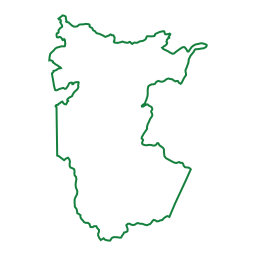 the district of Barreirinha, Amazonas, Brazil
{"feature_id": "56859067B80931360184999", "entity_name": "Barreirinha", "entity_type": "district", "adm_level": 2, "iso_a3": "BRA", "parent_name": "Brazil", "parent_adm1": "Amazonas", "projection": "albers", "projection_center": [-57.163, -3.133], "detail": "fine", "context": "isolated", "style": "outline", "palette": "green", "viewbox_px": 256, "rotation_deg": 0, "n_neighbors": 0, "source": "geoboundaries", "source_scale": "gbopen_adm2", "svg_char_len": 5598}
<svg xmlns="http://www.w3.org/2000/svg" viewBox="0 0 256 256"><path d="M190.8,169.3L189.8,168.3L188.4,167.5L187.1,167.5L185.0,167.2L183.9,166.0L183.6,165.5L183.2,164.0L182.2,162.8L180.3,162.9L179.9,162.4L179.1,162.0L176.5,163.0L174.9,162.8L172.8,161.9L166.0,158.2L164.4,156.2L164.2,153.7L163.9,152.1L164.0,151.0L163.9,149.5L163.6,148.8L163.2,148.1L162.7,147.6L160.3,145.9L159.6,145.5L159.1,144.8L158.5,143.5L158.0,143.1L157.3,143.1L156.1,144.7L155.5,145.2L154.9,145.4L153.4,145.6L151.5,145.1L150.3,144.9L149.0,144.9L146.1,145.3L144.3,145.0L142.9,144.4L142.1,143.6L142.2,142.2L143.1,140.1L142.9,139.5L141.7,138.6L141.7,137.9L141.8,137.2L143.8,133.6L147.1,128.8L147.0,128.1L147.0,127.2L147.3,125.6L147.6,124.6L148.4,122.8L148.8,122.1L150.1,119.0L152.0,116.2L152.3,115.3L152.2,114.0L151.9,113.2L151.4,112.5L151.1,111.7L151.3,111.1L152.0,109.9L152.3,109.3L152.2,108.6L151.9,107.6L150.9,106.6L149.3,105.9L147.6,104.4L146.5,104.5L142.9,106.6L142.0,106.6L141.8,105.8L143.2,104.6L145.2,103.3L145.2,102.5L146.4,99.6L147.4,96.6L147.7,94.6L147.7,89.5L148.3,86.3L149.8,85.2L151.8,84.3L153.4,84.3L155.0,83.8L156.3,81.9L158.2,80.9L161.0,81.7L162.3,81.7L164.0,81.1L166.8,79.0L168.6,78.5L170.0,79.0L172.3,79.3L173.4,80.2L175.4,81.4L177.1,80.9L178.0,81.1L178.8,82.7L180.7,83.8L181.6,82.9L184.1,77.9L186.0,75.1L186.0,74.0L185.6,71.8L185.5,70.1L186.7,67.4L188.4,62.6L188.8,59.2L190.7,55.5L193.6,52.0L194.5,50.3L195.3,49.3L198.0,49.1L200.0,48.8L201.4,48.5L203.2,48.4L204.0,48.1L205.1,47.5L205.9,47.1L206.3,46.5L206.7,45.8L206.7,45.0L205.8,44.4L202.5,43.3L200.5,43.3L198.5,43.9L195.9,44.4L194.6,44.9L192.9,46.0L191.8,46.9L190.6,48.5L188.7,51.4L187.9,51.6L187.2,50.9L186.3,49.1L184.6,47.2L183.8,47.1L182.5,47.3L180.1,48.8L175.6,52.1L174.1,53.4L173.2,53.7L172.1,53.6L169.7,52.4L168.5,51.5L163.1,48.9L162.1,47.7L163.0,47.2L163.5,46.6L164.2,46.1L165.0,45.8L165.6,45.3L166.1,44.7L166.7,44.3L166.9,43.6L167.2,42.7L166.4,41.8L166.8,40.8L166.9,39.7L167.4,39.3L167.8,38.9L168.0,38.2L168.6,37.8L169.2,37.8L169.1,37.0L168.8,36.4L169.9,35.2L170.3,34.2L169.6,33.6L169.0,33.9L167.4,34.2L165.3,34.3L164.8,33.6L164.3,31.5L163.7,31.2L162.7,31.3L159.6,32.0L155.6,33.8L155.0,34.4L154.9,35.3L154.4,36.0L153.3,36.2L151.0,36.4L147.7,36.2L146.8,36.5L146.4,37.4L146.1,38.4L145.7,39.0L145.0,39.7L143.7,40.5L142.9,40.9L140.0,41.3L137.5,42.6L136.6,42.8L134.6,42.6L133.6,42.9L133.0,43.3L132.4,43.9L131.4,43.5L130.9,42.8L130.2,42.0L129.4,41.9L128.6,42.5L127.7,42.8L126.9,42.8L125.0,42.3L124.3,42.3L123.5,42.0L122.8,41.6L122.1,41.7L120.1,42.4L119.3,42.5L118.3,42.8L117.4,42.9L116.2,42.8L114.5,42.5L113.9,41.9L113.9,41.1L114.4,40.4L114.6,37.4L114.2,36.8L113.4,35.3L111.6,35.2L110.7,34.4L109.7,34.9L109.1,35.4L105.7,36.8L104.6,36.6L103.9,36.0L100.9,34.5L99.4,33.9L98.5,33.6L97.8,33.5L96.7,33.2L96.1,32.7L95.0,31.2L94.5,30.9L93.2,30.3L92.9,29.8L92.4,28.4L91.9,27.9L90.0,27.0L89.5,26.2L89.7,25.2L89.4,24.6L88.6,24.2L87.7,24.1L85.4,23.9L83.8,24.3L79.8,24.5L79.1,24.8L77.3,26.3L76.5,26.5L75.3,26.6L73.9,26.6L72.3,25.8L69.3,23.2L68.9,22.6L67.6,22.1L66.7,22.0L66.1,21.6L66.4,21.1L66.4,20.2L65.8,18.8L65.9,18.1L65.9,17.2L65.5,16.5L64.9,16.0L62.7,15.4L58.5,18.7L59.1,19.5L60.0,19.4L60.5,19.8L60.8,20.4L60.9,21.5L60.2,22.2L61.8,24.9L62.2,25.9L62.1,26.6L61.7,27.2L60.6,27.8L60.1,28.3L58.7,30.0L58.5,30.7L58.7,32.0L58.4,32.7L57.8,33.1L56.8,33.4L56.5,34.6L56.7,36.4L57.0,37.2L58.0,37.5L58.7,37.3L59.2,36.9L59.9,36.9L61.0,37.6L62.0,38.8L62.4,39.7L62.8,40.2L63.6,39.8L64.1,39.1L64.6,39.5L64.9,40.2L65.3,44.1L65.0,45.0L64.9,46.1L64.1,46.4L62.5,46.3L61.0,46.4L57.9,47.4L57.2,47.4L56.0,48.1L55.0,48.9L53.4,50.8L51.4,52.6L50.2,54.0L49.6,57.0L49.3,60.4L50.6,60.3L51.8,60.7L52.5,61.0L53.0,61.7L52.9,62.3L53.5,62.8L54.1,63.1L55.6,64.4L57.5,65.4L59.1,66.6L60.5,67.4L61.0,68.1L60.4,68.3L58.7,68.5L57.2,69.3L56.8,69.8L56.0,70.2L54.5,70.7L53.5,70.9L53.5,71.7L53.2,72.2L51.9,73.5L54.1,86.1L55.1,90.0L56.0,90.3L56.9,90.2L59.4,89.0L62.0,88.2L63.3,87.9L64.2,88.5L65.0,88.9L65.9,88.6L66.6,87.9L67.2,86.9L67.8,86.2L69.1,83.4L69.8,82.9L71.4,82.6L72.0,82.7L72.4,83.3L72.4,84.1L73.2,84.1L74.1,82.8L74.8,82.5L76.7,82.1L78.4,82.1L78.7,82.6L78.5,83.2L78.4,84.0L78.1,85.1L78.4,86.8L78.2,87.7L77.3,89.4L74.5,91.8L74.1,92.6L73.4,93.2L73.0,94.2L72.4,95.1L72.2,96.0L71.3,96.6L69.7,97.3L68.0,98.6L67.4,99.3L67.2,99.9L67.8,100.4L68.2,101.0L67.5,101.5L66.6,103.5L66.1,104.3L65.2,104.3L64.3,103.9L63.3,103.1L62.4,101.6L61.0,102.2L59.5,103.5L58.9,103.6L58.4,104.1L58.0,104.8L56.5,105.0L55.8,105.5L55.6,106.4L56.4,106.9L56.5,107.5L57.2,155.6L58.7,156.1L64.1,160.2L65.9,158.6L68.0,157.7L69.3,159.3L70.0,161.7L69.6,163.5L69.7,166.0L70.4,167.5L72.2,168.1L74.2,169.3L74.6,171.5L74.3,173.2L74.7,175.4L76.1,177.0L76.4,179.4L76.1,180.6L75.6,184.2L75.7,186.1L76.1,188.2L76.8,189.6L77.3,191.3L77.1,194.1L75.3,197.6L74.6,199.5L74.6,201.6L74.7,204.1L74.9,206.9L76.5,208.9L77.1,211.4L77.3,213.2L79.3,214.3L80.5,215.3L80.4,217.0L81.2,218.7L82.9,220.5L84.0,222.1L85.9,222.9L87.8,222.8L89.4,223.9L90.5,227.0L92.7,227.2L94.0,226.2L96.3,226.2L97.3,228.2L99.0,229.9L98.9,231.9L98.2,233.6L98.1,235.3L99.3,238.0L100.8,240.0L103.6,238.3L104.9,239.6L107.3,240.4L110.2,240.6L111.0,239.2L112.2,237.7L113.9,237.1L118.0,237.3L119.6,237.7L121.2,237.5L122.0,235.8L123.1,234.4L124.1,232.5L125.9,232.1L127.4,231.3L127.7,229.2L126.3,225.2L127.9,223.8L129.7,223.7L131.1,224.6L133.2,225.1L135.2,224.5L136.6,223.4L138.3,223.1L139.8,223.7L142.3,223.8L144.8,224.7L146.8,225.2L150.1,224.0L151.4,222.6L152.5,221.0L153.7,219.9L155.3,220.3L156.9,221.4L158.8,221.1L160.4,220.3L162.3,220.1L163.2,218.9L164.4,217.8L166.1,216.6L167.7,216.1L169.4,216.9L175.0,203.6L186.0,180.0L190.8,169.3Z" fill="none" stroke="#15803d" stroke-width="2"/></svg>